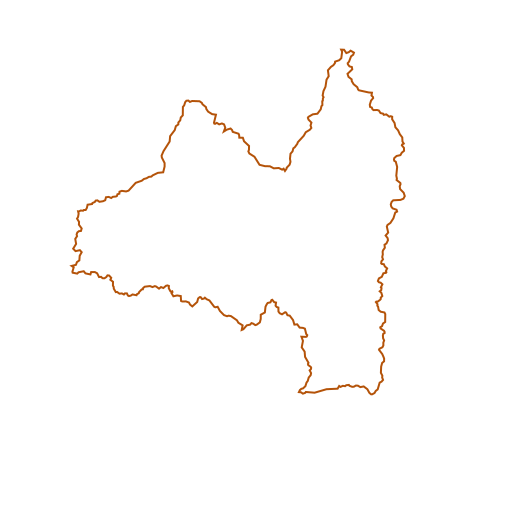 the district of Abancay, Apurímac, Peru, rotated 70°
{"feature_id": "86281439B95631648955536", "entity_name": "Abancay", "entity_type": "district", "adm_level": 2, "iso_a3": "PER", "parent_name": "Peru", "parent_adm1": "Apurímac", "projection": "orthographic", "projection_center": [-72.819, -13.777], "detail": "fine", "context": "isolated", "style": "outline", "palette": "amber", "viewbox_px": 512, "rotation_deg": 70, "n_neighbors": 0, "source": "geoboundaries", "source_scale": "gbopen_adm2", "svg_char_len": 6090}
<svg xmlns="http://www.w3.org/2000/svg" viewBox="0 0 512 512"><g transform="rotate(70 256 256)"><path d="M262.5,108.2L260.6,108.1L258.0,111.3L255.8,112.0L253.6,111.7L251.6,110.1L250.6,108.0L252.7,101.1L252.6,97.9L250.6,95.7L247.0,95.6L242.4,97.7L239.6,97.1L237.9,95.6L236.7,95.4L232.7,97.9L231.4,97.1L228.5,96.7L220.6,92.9L215.2,92.4L213.9,93.5L212.6,93.4L211.3,92.6L210.1,89.7L210.6,85.8L208.8,83.7L207.8,80.9L205.0,80.0L201.9,81.1L201.2,80.5L200.9,78.7L198.5,79.2L194.6,78.0L190.7,79.2L186.5,79.5L182.7,81.0L178.4,80.3L174.1,81.3L171.7,80.4L170.7,81.6L170.7,83.1L167.5,85.1L167.0,87.7L165.7,87.9L164.3,90.1L161.3,90.8L160.2,92.3L159.1,95.7L157.8,96.4L156.1,96.4L154.9,97.8L152.7,97.3L149.3,94.7L147.7,91.9L146.6,91.7L144.7,92.6L142.2,91.2L140.9,94.1L135.5,102.6L134.5,103.1L132.0,103.1L128.0,105.5L124.5,106.2L122.7,105.7L119.3,107.8L116.1,107.7L113.5,101.7L111.2,101.3L109.8,103.3L107.3,104.1L106.2,103.9L105.2,102.1L100.9,98.4L100.1,95.8L98.4,94.4L95.4,96.9L96.2,99.1L96.2,101.7L92.3,102.7L91.2,105.4L93.5,105.2L99.3,108.2L100.5,110.9L100.4,115.2L101.8,115.9L103.2,118.1L103.9,120.9L106.1,124.9L111.9,126.2L114.4,129.4L120.7,132.8L124.1,136.2L128.0,138.5L129.9,138.2L130.7,139.2L132.9,140.1L133.2,140.8L136.9,142.0L137.6,143.3L140.3,145.0L143.3,149.6L142.3,154.2L143.2,159.2L143.9,160.0L145.8,160.0L149.6,158.3L152.0,160.1L154.6,160.2L155.8,162.3L156.7,166.9L159.4,170.1L163.4,177.8L164.7,178.8L167.1,182.4L167.6,184.1L170.2,185.9L171.7,188.6L176.2,190.8L179.3,191.4L181.7,193.2L183.5,196.9L184.4,197.4L186.0,199.7L183.4,200.2L183.8,201.9L181.1,204.5L179.7,209.3L176.4,212.3L174.7,216.8L171.5,221.5L162.2,223.5L157.4,227.2L155.1,227.4L153.8,226.3L150.2,224.9L144.1,228.0L140.4,227.9L139.1,231.2L136.6,230.5L135.1,230.6L131.4,235.4L129.5,235.4L127.5,236.3L127.3,240.2L128.0,243.6L124.9,241.0L121.4,241.0L119.8,242.7L119.7,245.6L117.5,247.3L117.8,249.3L117.3,249.9L116.4,249.9L109.5,245.3L107.7,248.7L104.0,251.6L100.9,252.4L99.0,252.1L95.1,254.4L93.6,254.5L91.3,256.1L88.5,263.0L88.6,265.4L86.8,266.4L86.3,268.3L87.2,269.9L89.9,272.0L90.9,273.7L98.8,276.7L100.1,279.3L102.6,280.8L104.0,283.3L105.8,284.0L106.6,286.9L109.9,289.3L114.0,295.7L118.9,298.0L125.8,307.0L129.4,310.4L131.3,310.8L137.4,310.1L140.7,311.3L145.6,314.6L144.3,319.8L144.9,325.6L145.6,327.1L145.0,329.6L145.5,332.2L145.3,335.0L146.2,337.6L146.1,344.0L151.0,353.4L150.9,356.0L148.9,359.8L148.9,362.3L150.7,363.1L150.6,365.1L152.0,366.1L152.2,367.2L151.4,370.4L152.0,372.2L150.1,374.2L149.5,376.9L152.0,378.6L152.2,381.1L151.5,384.6L149.5,386.0L149.1,387.7L150.1,389.0L150.3,391.6L151.1,392.3L150.2,396.7L153.0,398.5L154.5,400.3L153.9,402.1L154.3,403.0L153.3,405.2L153.6,407.1L153.2,407.9L155.6,408.2L158.5,409.9L159.7,411.4L163.4,410.6L166.0,411.7L170.5,410.4L172.6,411.9L172.1,414.0L172.8,415.9L174.4,417.2L176.2,417.4L178.1,420.0L183.1,420.9L186.6,425.3L189.7,423.9L190.3,419.5L192.8,418.5L195.5,421.6L199.7,423.5L200.5,426.4L202.7,428.2L202.3,432.6L204.3,431.2L208.0,433.9L209.0,434.0L211.4,430.0L210.6,428.3L211.4,423.1L214.0,422.2L216.7,417.9L214.7,416.4L216.0,412.9L217.9,411.2L222.1,410.7L222.6,408.7L224.4,407.8L225.1,406.0L224.6,403.9L223.4,402.2L224.1,400.7L227.0,399.5L228.5,401.0L231.3,399.2L235.0,400.6L236.2,400.3L238.1,400.8L242.0,400.1L242.3,398.8L244.7,397.2L245.3,394.8L247.0,393.3L246.3,392.1L247.0,390.1L249.3,389.9L250.2,389.1L250.4,387.2L249.9,385.2L252.0,381.7L251.2,381.0L250.9,378.9L250.0,378.3L248.3,374.8L248.6,373.7L247.4,372.9L246.8,371.0L248.0,365.9L249.8,363.9L249.7,361.4L250.5,360.3L253.5,358.3L252.7,355.9L254.4,354.0L253.2,350.7L253.4,349.2L254.4,348.1L256.4,349.0L259.9,348.5L260.5,348.0L260.5,346.8L261.3,346.8L262.0,348.1L265.6,347.4L266.1,343.6L267.9,340.4L272.6,341.8L273.5,340.9L274.7,337.4L276.8,334.9L279.1,334.6L281.6,333.1L279.1,327.0L276.1,324.9L275.4,323.0L275.7,322.1L278.0,321.4L278.2,319.4L277.7,318.3L279.7,317.2L281.8,315.0L289.5,312.6L290.3,311.7L290.6,309.4L295.3,308.7L300.6,306.3L302.7,303.8L302.7,302.2L303.9,300.1L309.9,295.9L312.7,295.4L316.6,292.3L320.6,294.7L320.5,292.9L318.0,288.4L318.5,285.0L317.5,283.2L318.6,281.8L320.7,280.3L320.8,278.9L319.7,275.1L316.8,273.1L312.8,271.6L312.1,267.0L306.9,264.4L305.1,262.5L304.1,261.1L304.5,258.3L302.7,256.5L302.7,255.7L305.6,254.7L306.6,253.1L309.4,254.6L311.0,254.0L312.1,252.6L315.9,253.9L317.9,253.3L319.7,251.5L318.8,247.8L319.5,247.0L322.4,246.7L323.6,244.7L328.9,243.1L333.6,243.4L334.3,240.6L338.2,239.5L339.6,236.5L341.0,234.9L346.5,235.5L347.9,234.9L349.0,235.8L349.1,236.7L347.4,240.9L351.8,240.9L357.5,244.3L362.5,243.0L367.6,244.4L374.3,243.2L375.2,244.1L376.4,244.2L378.9,242.5L380.0,242.4L381.2,243.2L381.8,244.7L384.9,244.3L386.7,245.4L388.2,248.0L391.1,250.1L392.2,251.8L395.2,254.1L396.5,257.1L396.3,258.8L397.0,260.6L398.6,262.2L399.5,260.3L401.4,259.0L401.4,256.5L400.8,255.7L404.5,247.7L405.3,235.3L408.6,224.7L406.6,222.3L407.9,221.4L407.7,218.8L408.8,216.8L408.3,215.4L408.9,212.8L409.9,212.6L411.8,210.4L412.3,208.8L411.9,206.4L412.7,204.6L414.9,202.8L415.4,199.4L419.3,196.9L423.3,196.3L425.3,195.2L425.7,194.2L425.3,191.5L423.7,189.6L423.0,187.3L417.3,183.1L417.0,181.0L415.9,179.0L413.3,179.0L411.7,178.2L408.5,178.6L402.7,176.2L399.6,174.0L398.8,171.7L396.3,170.7L394.4,170.7L391.3,170.9L386.2,172.5L385.4,171.7L385.0,168.4L383.6,166.9L381.0,166.0L379.2,164.5L376.8,164.7L374.2,164.0L372.6,163.0L372.4,161.5L371.2,161.1L370.0,161.3L366.7,163.7L365.5,163.6L365.0,161.5L362.9,159.8L362.2,157.2L354.8,154.4L353.0,154.6L351.0,157.9L348.7,159.2L345.3,158.6L344.2,159.0L342.9,158.3L340.3,159.1L340.0,158.5L340.5,157.2L339.7,154.6L339.1,153.5L337.8,153.0L336.8,151.0L333.5,150.8L331.5,151.8L330.9,150.0L329.0,149.0L328.2,149.4L325.8,146.9L323.7,148.0L322.7,149.5L321.2,150.0L319.1,148.2L318.6,144.9L315.8,142.2L316.3,139.7L315.8,139.0L314.7,139.2L312.5,137.0L309.9,138.5L307.4,138.7L306.6,140.4L305.8,140.9L303.9,140.0L302.6,137.8L300.2,137.8L297.9,136.3L295.4,135.6L294.2,134.8L292.3,132.1L289.4,131.4L288.8,129.1L286.3,126.6L284.2,126.2L281.1,127.2L279.2,123.8L273.1,123.0L271.8,121.8L270.9,118.4L267.6,114.0L262.8,110.3L262.5,108.2Z" fill="none" stroke="#b45309" stroke-width="2"/></g></svg>